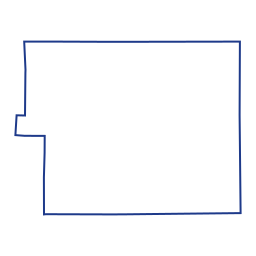 the district of El Paso, Colorado, United States of America
{"feature_id": "52423323B48011396313481", "entity_name": "El Paso", "entity_type": "district", "adm_level": 2, "iso_a3": "USA", "parent_name": "United States of America", "parent_adm1": "Colorado", "projection": "albers", "projection_center": [-104.738, 38.825], "detail": "fine", "context": "isolated", "style": "outline", "palette": "blue", "viewbox_px": 256, "rotation_deg": 0, "n_neighbors": 0, "source": "geoboundaries", "source_scale": "gbopen_adm2", "svg_char_len": 359}
<svg xmlns="http://www.w3.org/2000/svg" viewBox="0 0 256 256"><path d="M240.6,213.1L239.6,115.0L239.9,41.6L130.0,41.8L105.6,41.8L54.6,41.6L24.2,41.6L25.5,69.9L25.4,72.8L25.0,115.5L16.6,115.3L15.4,135.1L24.5,135.8L44.7,135.9L44.6,152.9L43.9,177.5L44.0,214.4L45.9,214.2L112.9,214.4L127.0,214.3L240.6,213.1Z" fill="none" stroke="#1e3a8a" stroke-width="2"/></svg>